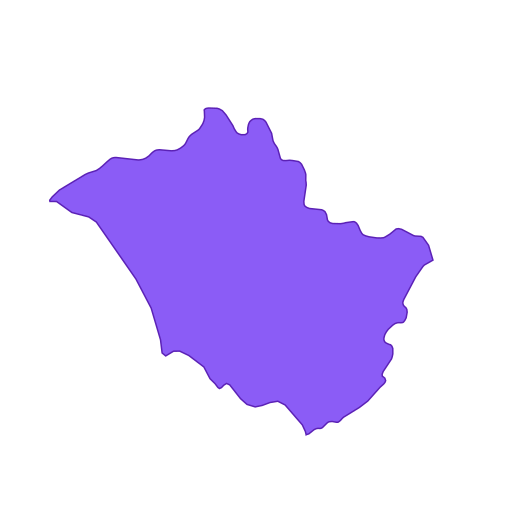 the Province of Rayong, rotated 47°
{"feature_id": "THA-434", "entity_name": "Rayong", "entity_type": "Province", "adm_level": 1, "iso_a3": "THA", "parent_name": "Thailand", "parent_adm1": "", "projection": "robinson", "projection_center": [101.425, 12.873], "detail": "fine", "context": "isolated", "style": "filled", "palette": "violet", "viewbox_px": 512, "rotation_deg": 47, "n_neighbors": 0, "source": "natural_earth", "source_scale": "10m", "svg_char_len": 3009}
<svg xmlns="http://www.w3.org/2000/svg" viewBox="0 0 512 512"><g transform="rotate(47 256 256)"><path d="M420.9,341.2L418.1,339.6L411.1,337.3L384.8,336.3L377.1,339.1L372.7,345.7L369.5,353.4L365.8,359.5L358.4,363.8L349.8,364.6L332.3,363.1L329.1,364.5L328.5,367.7L328.7,371.0L328.0,373.1L326.1,373.5L321.4,373.0L314.4,373.3L301.6,369.8L282.9,373.0L273.5,376.7L269.4,381.2L267.5,390.2L262.9,390.8L252.2,383.0L222.6,368.2L190.9,359.5L122.3,349.6L113.3,351.7L98.6,361.0L80.1,364.7L75.6,369.5L74.5,368.8L73.8,364.7L73.7,354.7L79.9,325.3L81.0,322.0L84.6,314.5L85.2,311.1L85.5,307.0L85.5,300.8L85.7,296.7L86.1,294.8L86.8,293.4L87.6,292.2L88.6,291.1L105.5,276.6L106.4,275.5L108.1,272.9L108.7,271.4L109.3,269.7L109.8,266.0L109.6,262.2L109.7,260.1L110.0,258.3L110.6,256.7L111.5,255.4L112.4,254.2L121.4,246.1L123.5,243.5L124.7,241.2L125.6,237.7L126.0,233.8L125.9,232.0L125.5,230.4L123.8,225.8L123.3,224.1L123.1,222.3L123.1,220.2L124.4,212.8L124.5,210.9L124.1,209.1L123.3,205.8L122.8,204.3L121.4,201.5L119.5,199.0L115.1,195.2L114.0,194.4L113.8,194.2L113.8,193.7L113.8,192.5L114.5,191.1L115.6,189.6L121.6,183.6L123.6,182.5L126.8,181.5L132.4,181.7L144.9,184.0L148.0,185.1L151.4,185.8L153.1,185.9L155.0,185.3L157.2,184.1L159.9,181.1L160.3,179.1L159.9,177.5L157.6,175.6L156.6,174.5L154.8,172.0L154.1,170.6L153.5,168.9L153.5,167.0L153.7,165.2L154.4,163.8L155.2,162.6L158.3,159.3L160.7,157.7L162.8,157.3L164.9,157.4L176.9,160.9L183.2,164.9L184.9,165.5L186.8,166.0L189.4,166.3L191.3,166.7L193.0,167.3L201.3,171.6L202.9,171.7L204.6,171.1L206.6,169.1L208.9,166.1L211.2,164.1L215.9,160.5L217.8,160.1L220.0,160.1L226.0,161.9L229.2,163.3L230.5,164.1L234.8,168.2L236.2,169.1L238.4,170.9L248.7,183.8L251.1,185.7L252.6,186.2L255.0,185.8L257.7,184.5L267.0,176.4L268.7,175.7L270.5,175.3L273.8,176.2L278.3,179.1L279.9,179.5L282.2,179.2L284.5,177.8L290.0,172.2L292.1,169.1L292.7,167.8L297.0,161.7L297.7,160.9L298.8,160.4L300.5,160.1L303.3,160.5L308.4,162.4L311.6,163.2L313.4,163.2L316.0,162.1L319.1,160.2L325.2,155.3L327.8,152.6L329.6,150.3L330.2,148.6L331.3,143.2L331.8,135.1L333.2,133.1L335.8,131.3L348.6,126.8L349.9,126.0L354.2,121.9L356.2,121.2L365.9,122.5L379.7,129.4L377.4,139.0L377.5,141.0L380.1,153.2L388.6,177.6L389.9,180.1L391.1,181.1L392.4,181.7L394.2,181.9L395.8,181.6L397.9,182.1L400.2,183.8L403.6,188.3L404.6,191.1L404.9,193.2L404.7,194.0L404.5,194.4L403.8,195.3L402.0,197.2L401.1,198.4L400.2,200.5L399.8,203.4L399.8,209.3L400.4,212.5L401.4,215.5L403.3,218.5L404.4,219.5L405.6,220.1L407.0,220.4L408.6,220.1L411.5,218.9L412.7,218.1L414.6,218.1L416.9,219.0L420.9,222.7L422.6,225.1L423.7,227.1L427.2,241.7L428.5,244.4L430.1,245.6L431.5,245.3L433.2,245.1L435.6,246.2L436.4,247.9L436.7,250.0L436.6,254.8L438.3,273.2L437.3,283.4L433.6,301.9L433.6,303.8L433.8,305.8L433.8,307.6L433.5,309.4L432.5,310.5L428.9,313.2L427.1,315.6L427.0,315.9L426.8,316.3L426.6,317.7L426.8,324.5L426.3,326.1L425.4,327.2L424.3,328.2L423.3,329.8L422.6,332.0L422.1,338.7L420.9,341.1L420.9,341.2Z" fill="#8b5cf6" stroke="#5b21b6" stroke-width="1.5"/></g></svg>